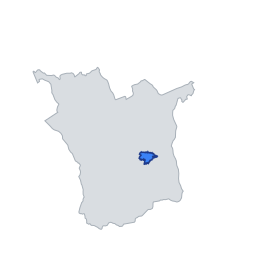 Boende, Équateur, Democratic Republic of the Congo (highlighted), rotated 157°
{"feature_id": "63176286B77918114228452", "entity_name": "Boende", "entity_type": "district", "adm_level": 2, "iso_a3": "COD", "parent_name": "Democratic Republic of the Congo", "parent_adm1": "Équateur", "projection": "natural_earth1", "projection_center": [20.931, -0.493], "detail": "fine", "context": "in_parent", "style": "filled", "palette": "blue", "viewbox_px": 256, "rotation_deg": 157, "n_neighbors": 0, "source": "geoboundaries", "source_scale": "gbopen_adm2", "svg_char_len": 6555}
<svg xmlns="http://www.w3.org/2000/svg" viewBox="0 0 256 256"><g transform="rotate(157 128 128)"><path d="M201.7,167.1L186.5,169.9L186.8,170.9L186.6,172.0L186.2,172.8L184.7,174.9L182.4,176.9L182.4,177.4L183.5,179.7L184.2,182.7L184.0,188.1L184.3,189.5L184.2,190.7L183.5,191.9L181.9,198.4L182.9,201.6L185.9,204.5L187.6,206.7L190.5,207.4L191.0,207.3L191.2,205.5L193.6,204.8L193.5,216.4L193.3,217.0L192.9,217.2L192.3,216.8L192.1,215.7L191.5,215.2L188.6,216.7L187.9,216.6L187.1,216.4L186.5,215.8L186.4,214.9L184.4,211.5L183.4,211.3L182.3,208.3L177.8,206.1L176.0,205.9L175.1,205.2L174.2,202.8L172.7,201.3L172.4,199.6L172.1,199.3L171.2,199.7L170.4,202.4L169.3,203.0L167.5,203.1L162.8,202.3L159.5,200.9L158.7,201.0L157.3,199.8L156.8,197.7L157.1,196.1L156.9,195.8L151.8,197.2L150.6,198.0L149.4,197.8L149.1,197.4L149.6,196.3L149.3,195.1L148.9,194.5L147.5,194.1L147.0,192.8L146.1,192.6L145.8,192.8L145.5,193.7L145.0,194.0L142.0,193.5L138.8,194.7L134.6,194.4L132.6,195.7L132.3,195.7L131.9,195.0L131.5,192.8L131.7,192.2L132.3,191.8L132.5,190.9L132.3,188.6L132.5,188.1L132.3,186.8L131.6,184.7L130.7,183.0L128.8,180.5L128.5,179.3L128.6,176.4L129.3,171.9L129.2,168.5L128.4,166.4L128.2,164.0L128.7,159.8L128.2,158.8L118.6,158.4L118.2,158.1L118.0,157.5L118.5,155.0L112.6,155.7L110.9,156.1L109.8,157.2L109.4,158.4L109.4,160.3L108.5,162.0L108.3,165.0L106.6,165.3L105.0,165.3L101.9,164.7L98.9,165.5L97.4,166.3L96.6,165.9L93.8,166.2L93.5,166.0L90.4,160.2L89.0,158.2L88.7,157.3L88.8,156.4L88.4,155.2L87.0,152.2L86.7,150.8L86.7,148.6L86.6,147.8L85.3,146.0L84.4,145.3L83.4,145.0L67.7,145.3L62.5,144.9L58.7,145.2L56.8,145.0L56.3,144.7L54.6,145.1L53.6,145.9L52.3,146.3L51.4,146.2L49.8,144.0L52.0,143.6L52.2,143.4L52.3,138.2L51.7,137.5L52.9,136.6L54.8,134.3L56.7,133.5L56.9,133.0L57.3,133.0L58.0,134.0L59.6,135.2L61.6,134.1L61.8,133.8L62.1,131.6L62.6,131.4L63.5,131.9L63.9,131.9L64.8,131.2L67.4,130.1L68.1,131.6L67.4,132.8L67.7,133.8L67.8,135.2L68.2,135.5L70.2,135.7L70.8,135.3L74.8,130.2L75.9,129.6L77.5,127.6L79.8,126.7L80.7,125.1L82.0,122.2L82.6,118.1L82.4,110.9L82.6,110.0L85.2,106.8L88.0,100.9L89.9,99.4L91.3,98.8L93.5,96.6L95.2,94.5L94.9,91.9L95.4,89.8L96.3,87.1L96.6,84.2L96.3,81.1L96.4,78.7L97.7,74.7L97.8,70.2L99.0,66.3L101.3,61.5L102.3,57.9L102.1,54.3L102.4,51.7L102.3,50.2L101.9,48.8L102.1,48.0L103.0,47.7L104.1,46.3L106.0,42.8L108.1,41.1L109.6,40.6L111.1,40.6L112.1,40.9L113.7,42.3L115.5,43.4L116.9,44.8L118.2,46.9L121.5,47.4L122.9,48.1L123.7,48.4L124.0,48.2L124.7,48.3L126.3,49.0L127.5,48.6L133.5,50.0L134.2,49.3L135.9,45.7L137.1,44.4L139.2,44.3L140.8,45.0L141.7,45.0L149.1,41.8L150.0,41.7L152.7,42.5L154.5,41.9L155.2,42.1L156.7,41.6L157.9,39.4L159.0,38.8L169.6,41.2L171.2,40.0L172.0,39.9L174.4,40.7L175.1,42.1L176.5,43.3L177.5,45.2L179.1,46.2L179.9,47.3L180.8,48.0L182.8,48.2L185.2,46.5L187.0,46.7L188.7,47.6L189.3,47.6L190.6,46.6L191.3,45.5L192.0,45.2L193.0,45.7L193.9,46.7L194.6,48.2L197.3,51.5L199.9,52.8L200.5,54.9L201.4,54.7L201.9,54.9L202.6,56.1L203.1,56.4L203.1,56.9L202.5,58.1L201.9,60.4L202.7,61.8L202.0,63.8L201.7,66.0L202.5,66.5L203.6,66.5L204.6,67.6L205.4,67.7L206.2,68.9L206.0,69.9L203.5,73.3L199.7,77.5L198.4,78.0L197.7,78.8L197.2,80.0L196.1,81.1L195.3,81.5L195.2,84.5L193.9,87.7L193.4,88.4L192.7,93.5L192.9,94.4L192.1,98.6L192.3,102.5L190.4,103.7L189.1,105.6L188.6,107.0L188.6,110.1L186.5,112.1L186.3,112.5L186.9,114.8L187.6,115.1L187.6,115.9L189.3,118.3L189.2,125.7L189.3,126.4L190.2,128.2L190.8,131.5L190.1,135.8L192.4,143.6L191.4,146.5L191.8,149.3L193.2,152.1L196.5,155.0L197.3,156.1L198.1,157.7L198.9,160.2L201.7,167.1Z" fill="#d9dde1" stroke="#a8b0b8" stroke-width="1"/><path d="M118.4,89.5L118.1,89.9L117.4,90.0L117.2,90.0L116.8,90.3L116.7,90.4L116.5,90.6L116.4,90.8L116.4,91.1L116.5,91.6L116.4,91.6L116.1,91.7L116.1,91.8L115.8,91.6L115.7,91.7L115.7,91.8L115.5,91.7L115.4,91.6L115.4,91.4L115.2,91.2L115.3,90.8L115.4,90.6L115.2,90.4L115.1,90.5L114.8,90.4L114.7,90.5L114.6,90.4L114.3,90.5L114.2,90.5L114.3,90.7L114.4,90.9L114.2,90.9L114.0,90.7L113.8,90.7L113.7,90.5L113.6,90.3L113.3,90.3L113.2,90.2L113.1,90.3L113.0,90.2L112.7,90.1L112.4,90.4L112.2,90.5L112.3,90.6L112.2,90.9L112.3,91.0L112.5,91.0L112.8,91.2L113.0,91.4L113.1,91.5L113.1,91.8L113.3,91.9L113.4,92.0L113.4,91.9L113.5,92.1L113.8,92.3L113.8,92.2L114.0,92.2L114.1,92.4L114.2,92.5L114.5,93.0L114.5,93.3L114.5,93.5L114.4,93.5L114.4,93.9L114.5,93.9L114.6,94.1L114.8,94.3L115.0,94.5L114.9,94.6L115.1,94.8L115.1,95.0L115.2,94.9L115.3,95.0L115.5,95.0L115.7,95.3L115.9,95.5L116.0,95.6L116.2,95.8L116.3,95.9L116.3,96.0L116.5,96.0L116.5,95.9L116.7,96.0L116.8,96.4L116.8,96.5L117.1,96.5L117.4,96.5L117.5,96.6L117.6,96.8L117.9,96.8L118.0,96.8L118.0,97.0L118.3,97.2L118.4,97.3L118.7,97.5L118.8,97.5L118.9,97.8L119.0,97.8L119.1,98.0L119.1,97.9L119.1,98.0L119.2,97.9L119.2,98.0L119.3,97.9L119.4,98.0L119.5,98.0L119.7,98.3L119.8,98.3L120.0,98.3L120.3,98.5L120.3,98.4L120.4,98.5L120.5,98.5L120.6,98.4L120.9,98.3L121.0,98.6L121.3,98.6L121.5,98.6L121.8,98.6L121.9,98.9L122.1,99.0L122.3,99.1L122.6,99.3L122.8,99.3L123.0,99.5L123.4,99.7L123.5,99.7L123.8,99.9L124.3,100.0L124.5,100.1L124.7,100.3L124.8,100.4L125.1,100.3L125.2,100.6L125.3,100.5L125.6,100.6L126.0,100.5L126.3,100.4L126.5,100.4L126.7,100.2L127.4,99.6L127.7,99.4L127.7,99.0L127.8,98.8L127.7,98.9L127.4,98.9L127.3,98.7L127.2,98.6L127.0,98.4L126.9,98.3L126.9,98.2L126.9,97.9L126.7,97.9L126.7,97.7L126.8,97.6L127.2,97.6L127.3,97.5L127.7,97.3L127.8,97.3L128.0,97.1L128.3,97.0L128.6,96.9L129.0,96.1L129.5,95.9L129.2,95.4L129.1,95.2L129.2,94.7L128.9,94.3L129.0,94.1L128.8,94.0L128.7,93.8L128.5,94.1L128.4,94.1L128.3,93.9L128.2,93.8L128.1,93.5L127.9,93.5L127.8,93.8L127.7,93.7L127.7,93.3L127.3,93.4L127.2,93.3L126.9,93.2L126.8,92.9L126.7,92.8L126.7,93.0L126.4,93.1L126.2,92.9L126.1,93.0L126.1,92.8L126.0,92.7L125.9,92.7L125.8,92.8L125.7,92.8L125.6,92.6L125.4,92.7L125.0,92.6L124.9,92.6L124.8,92.4L124.8,92.2L125.0,91.5L125.1,91.4L125.3,91.3L125.5,91.1L125.7,90.7L126.0,90.1L126.5,89.5L126.5,89.4L126.9,88.9L127.0,88.8L127.2,88.5L127.1,88.4L126.9,88.5L126.9,88.4L126.7,88.4L126.6,88.5L126.4,88.6L126.2,88.5L126.2,88.4L126.0,88.5L126.0,88.4L125.9,88.3L125.9,88.5L125.7,88.5L125.4,88.5L125.1,88.5L124.9,88.6L124.8,88.4L124.7,88.5L124.3,88.4L124.2,88.4L124.3,88.3L124.2,88.3L123.9,88.3L124.0,88.1L123.9,88.0L123.9,87.9L123.7,87.8L123.7,87.7L123.8,87.7L123.6,87.6L123.4,87.6L123.2,87.3L122.9,87.5L122.7,87.8L122.0,88.4L121.7,88.4L121.5,88.5L121.4,88.5L121.1,88.8L120.9,88.9L120.3,89.2L120.3,89.3L120.4,89.5L120.2,89.6L119.9,89.4L119.6,89.4L119.4,89.4L119.0,89.5L118.8,89.6L118.5,89.6L118.4,89.5Z" fill="#3b82f6" stroke="#1e3a8a" stroke-width="1.5"/></g></svg>